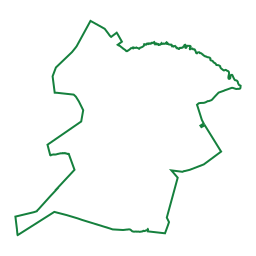 the district of Kabwe, Central, Zambia
{"feature_id": "96606910B72559103883158", "entity_name": "Kabwe", "entity_type": "district", "adm_level": 2, "iso_a3": "ZMB", "parent_name": "Zambia", "parent_adm1": "Central", "projection": "albers", "projection_center": [28.455, -14.458], "detail": "fine", "context": "isolated", "style": "outline", "palette": "green", "viewbox_px": 256, "rotation_deg": 0, "n_neighbors": 0, "source": "geoboundaries", "source_scale": "gbopen_adm2", "svg_char_len": 5450}
<svg xmlns="http://www.w3.org/2000/svg" viewBox="0 0 256 256"><path d="M16.6,229.2L16.9,229.1L17.5,234.9L17.7,235.1L54.3,211.9L66.7,215.1L77.7,218.4L82.0,219.9L110.0,228.5L112.6,229.4L123.0,230.0L125.0,229.8L126.3,229.6L127.2,229.6L128.2,229.4L129.4,229.4L129.8,229.4L130.7,229.9L131.2,230.3L132.1,231.2L132.6,231.4L134.0,231.7L136.1,231.5L136.8,231.7L137.8,231.6L138.7,231.6L139.4,231.8L139.9,231.8L142.5,231.4L143.3,230.8L143.6,230.8L144.1,231.1L145.1,230.9L145.6,230.5L146.1,230.5L147.3,230.0L147.6,229.3L147.8,229.1L148.0,229.4L148.0,229.6L147.8,230.4L148.2,230.9L148.5,230.8L148.2,231.1L148.1,231.4L165.0,233.3L167.9,225.4L169.0,222.1L166.8,217.6L177.7,177.7L171.4,170.4L182.5,171.8L184.2,171.0L184.6,171.1L189.8,169.8L203.8,164.4L221.1,151.6L204.8,125.3L201.4,127.1L200.4,125.6L203.7,123.5L201.8,119.8L197.7,106.8L197.0,104.8L198.7,103.3L200.2,103.0L202.6,102.9L203.7,102.9L205.6,102.3L207.8,101.1L208.6,101.1L209.1,101.0L211.5,100.1L212.2,99.5L214.9,96.5L218.6,92.6L224.0,90.7L224.5,90.4L227.1,89.5L231.6,87.9L232.8,87.9L235.8,88.9L236.8,89.0L237.8,88.8L238.9,88.9L239.7,88.7L240.1,88.5L240.4,88.0L240.5,87.1L240.6,85.7L240.1,85.4L239.1,85.0L238.8,84.7L238.0,83.0L237.7,81.6L236.9,80.7L236.0,80.3L235.1,80.2L234.5,79.6L233.5,77.7L232.7,75.9L232.4,75.2L232.1,74.9L231.3,74.9L231.0,75.0L230.7,75.6L230.5,76.0L230.3,77.9L230.1,78.4L229.3,78.9L229.1,78.9L228.7,78.7L228.4,77.9L228.4,77.1L228.7,75.3L229.1,73.7L229.1,73.4L228.9,72.3L228.8,71.9L228.4,71.3L227.8,71.0L226.8,70.6L226.2,70.1L225.6,69.9L225.4,69.9L224.2,70.4L223.7,70.4L223.4,70.2L221.2,68.5L220.6,67.8L220.3,67.2L220.2,66.3L219.8,65.9L219.1,65.5L218.4,65.2L216.4,65.0L216.0,64.3L215.6,63.6L215.2,63.2L214.8,63.2L214.5,63.0L213.9,62.4L213.5,62.3L213.0,61.4L212.5,60.9L210.7,60.3L210.5,60.1L210.3,59.5L210.4,58.4L209.7,57.7L209.3,57.6L208.9,57.4L207.8,57.2L207.3,57.2L206.2,56.5L205.8,56.5L205.5,56.3L205.2,56.4L203.9,55.6L203.8,55.4L203.1,55.0L202.8,54.5L202.4,54.4L201.8,53.7L200.8,53.1L199.9,53.1L199.4,52.3L198.7,52.3L198.2,52.3L197.5,52.6L197.0,53.3L196.7,53.3L196.5,53.2L196.0,52.7L195.7,51.3L195.1,50.5L195.1,50.1L194.5,49.3L193.1,49.3L192.8,49.1L192.6,48.6L192.3,48.5L191.0,48.7L190.6,49.2L189.9,49.2L189.8,48.8L190.3,48.5L190.4,47.9L190.0,47.5L190.0,47.1L190.6,46.5L190.5,46.2L190.0,45.9L189.3,45.9L188.8,45.8L188.3,45.9L187.9,45.8L187.3,45.8L186.7,46.7L186.5,46.8L186.5,47.4L186.3,47.7L186.0,47.9L185.6,47.9L185.3,47.6L185.3,47.3L185.4,47.1L185.5,45.4L185.3,44.8L184.6,44.9L184.5,45.0L184.1,46.0L183.6,46.3L183.4,46.7L183.2,46.8L183.1,47.1L182.8,47.5L182.3,47.7L182.1,47.7L181.9,47.8L181.7,47.7L181.0,48.0L180.8,47.9L180.4,48.0L180.1,47.8L179.8,47.9L179.3,48.4L179.0,49.0L178.8,49.0L178.3,48.8L178.2,48.5L178.0,48.3L177.7,48.1L177.0,48.2L176.9,47.9L176.8,47.7L176.3,47.7L175.7,46.5L175.4,46.3L175.2,46.3L175.0,46.0L174.6,46.2L174.0,46.1L173.6,46.4L173.4,46.1L173.1,46.1L172.7,46.3L172.5,46.2L172.5,46.3L172.2,46.3L172.2,46.2L171.6,45.6L171.6,45.4L171.8,45.3L171.8,45.1L171.5,44.7L170.6,44.7L170.4,44.7L170.0,44.5L169.0,44.5L168.3,44.0L167.6,44.0L167.6,43.9L167.1,43.9L166.9,43.3L167.2,43.2L167.2,43.3L167.3,43.3L167.4,43.2L167.2,43.0L167.2,42.9L166.9,42.6L166.8,42.8L166.5,42.6L166.4,42.8L166.2,42.7L165.9,42.9L165.9,43.4L165.7,43.6L165.4,43.6L164.5,43.8L164.3,43.7L163.4,43.8L163.2,43.5L162.8,43.5L162.4,43.7L162.2,43.9L162.0,44.0L161.7,43.8L161.7,43.7L161.5,43.4L161.4,43.6L161.1,43.6L161.0,43.8L161.1,44.1L160.7,44.3L160.5,44.2L160.3,44.4L159.9,44.6L159.8,44.8L159.3,44.8L159.2,44.9L158.6,45.0L158.4,44.7L158.5,44.5L158.5,44.1L158.3,44.0L157.8,44.1L157.4,44.3L157.2,44.3L157.2,44.1L156.9,44.0L156.8,43.8L156.6,43.9L156.5,43.5L156.2,43.5L155.8,43.5L155.7,43.6L155.7,43.4L155.3,43.4L155.3,43.6L154.9,43.9L154.8,44.0L154.5,43.8L154.3,43.5L154.5,43.4L154.5,43.2L154.5,42.5L154.3,42.2L154.2,42.3L154.2,42.5L154.0,42.2L153.7,42.3L153.2,42.6L152.5,42.8L152.4,43.0L152.1,43.1L151.6,42.9L151.5,43.1L151.2,43.2L151.2,43.5L150.7,43.7L150.4,43.7L150.1,43.8L149.9,43.6L149.7,43.5L149.7,43.4L148.9,43.4L148.9,43.6L148.5,43.7L148.5,44.0L148.3,44.1L147.2,43.5L146.9,43.6L146.7,43.8L146.6,44.1L146.5,44.4L146.4,44.6L145.9,44.7L145.5,44.5L145.0,44.7L144.9,44.5L144.7,44.6L144.7,44.4L144.5,44.2L144.1,44.3L144.2,44.6L144.2,44.8L144.1,45.1L143.9,45.7L143.5,46.1L142.2,47.0L140.7,47.6L140.2,47.7L139.1,48.8L138.9,48.7L137.8,48.0L136.8,47.8L136.3,47.5L135.8,47.9L135.6,47.9L135.2,47.9L134.6,47.7L134.2,47.8L133.8,48.1L133.6,48.2L133.5,47.7L133.2,47.4L132.8,47.5L132.8,47.8L132.5,48.1L131.1,48.1L130.9,48.4L130.3,48.8L130.0,49.2L128.0,50.6L127.6,50.7L127.4,51.0L127.2,51.1L126.8,50.9L126.3,51.1L125.0,49.8L123.0,48.5L122.6,48.0L121.8,47.5L121.1,46.9L120.0,46.0L119.4,45.7L118.4,45.3L117.7,44.8L121.9,41.7L117.6,34.1L116.7,32.7L111.1,36.9L110.3,36.2L109.3,35.0L108.5,33.8L104.7,28.8L90.5,20.9L76.6,46.3L75.3,48.0L72.0,52.1L55.9,67.5L52.6,76.3L54.7,92.7L57.1,92.8L73.6,94.6L73.8,94.7L75.9,96.7L78.9,101.5L83.2,110.2L81.2,121.5L47.5,144.7L50.2,155.1L50.5,155.3L50.8,155.3L51.3,154.9L52.1,154.7L52.9,154.7L53.2,154.6L53.3,154.5L53.9,154.4L54.6,154.6L55.0,154.5L55.6,154.5L56.6,154.3L57.8,153.9L58.3,153.9L59.2,153.6L60.4,153.4L60.5,153.3L62.0,153.3L62.5,153.1L62.9,153.3L63.1,153.1L63.4,153.1L64.2,153.3L64.9,153.0L65.4,153.4L66.1,153.4L66.9,153.6L67.2,153.9L67.5,154.0L67.8,154.0L68.2,153.8L68.8,153.9L69.1,154.9L74.5,169.8L56.6,189.0L57.0,189.0L50.0,196.5L38.1,209.7L37.5,210.2L37.1,210.7L36.9,211.2L33.8,212.2L15.4,216.6L16.9,228.9L16.6,229.2Z" fill="none" stroke="#15803d" stroke-width="2"/></svg>